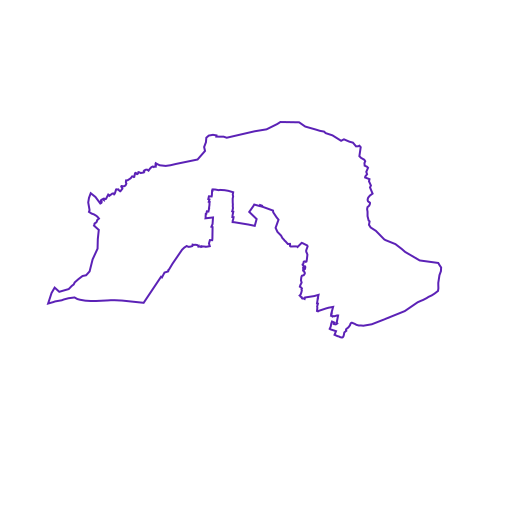 the district of Ungogo, Kano, Nigeria, rotated 31°
{"feature_id": "59680162B36976404849364", "entity_name": "Ungogo", "entity_type": "district", "adm_level": 2, "iso_a3": "NGA", "parent_name": "Nigeria", "parent_adm1": "Kano", "projection": "natural_earth1", "projection_center": [8.508, 12.042], "detail": "fine", "context": "isolated", "style": "outline", "palette": "violet", "viewbox_px": 512, "rotation_deg": 31, "n_neighbors": 0, "source": "geoboundaries", "source_scale": "gbopen_adm2", "svg_char_len": 6126}
<svg xmlns="http://www.w3.org/2000/svg" viewBox="0 0 512 512"><g transform="rotate(31 256 256)"><path d="M351.1,268.5L351.8,268.2L352.1,268.4L352.6,268.5L352.7,268.2L353.0,268.2L353.3,267.7L354.2,267.3L356.2,265.1L357.0,264.7L359.4,271.3L359.8,271.6L360.4,271.9L359.7,273.4L359.3,273.7L358.7,273.8L358.1,274.2L357.5,274.2L357.5,272.7L354.9,273.0L355.3,275.1L356.4,278.0L356.7,280.5L357.7,280.5L363.3,279.2L363.9,283.1L367.2,282.7L368.4,282.3L369.9,282.2L371.0,281.9L371.6,281.6L372.1,281.2L372.3,280.5L372.3,280.0L372.2,279.3L371.7,277.6L371.3,276.8L371.1,275.9L371.9,273.6L371.4,273.3L371.1,272.8L371.0,272.1L371.8,270.1L372.1,268.7L372.2,266.8L371.9,265.5L372.0,264.5L372.5,263.8L375.8,263.3L377.5,263.3L380.0,262.6L381.5,261.6L383.9,260.5L390.4,254.9L397.5,245.7L411.9,226.6L418.4,212.4L420.5,209.4L421.8,207.7L423.9,204.3L425.0,202.1L426.9,199.3L428.4,196.3L430.0,192.2L429.0,189.8L427.4,187.3L426.1,185.2L423.1,177.9L422.3,173.7L420.6,170.5L418.2,169.4L415.8,168.1L398.6,175.5L381.7,175.7L377.3,174.9L369.4,174.0L358.7,175.7L357.3,175.7L345.8,172.7L339.6,172.5L336.8,171.1L335.5,167.8L334.2,167.5L331.1,164.4L328.8,160.6L327.1,158.6L326.4,156.7L327.1,154.5L326.8,152.6L326.3,151.7L325.6,151.5L324.8,151.6L323.8,151.4L323.1,150.8L322.5,149.9L322.1,148.2L322.5,145.5L323.8,142.5L318.4,138.5L318.2,136.4L314.4,133.8L313.7,131.7L309.1,132.5L308.7,131.5L308.9,130.2L309.1,128.7L307.2,127.1L306.6,122.7L305.2,122.3L302.6,122.6L301.1,120.5L300.8,118.5L299.2,117.7L295.5,117.8L293.2,117.2L289.7,108.8L287.8,108.2L287.1,109.3L285.3,110.5L280.7,108.9L277.2,109.9L271.3,110.7L269.6,113.4L259.4,113.2L252.4,114.8L250.3,114.3L246.3,115.8L242.2,116.8L231.5,119.7L224.1,119.2L211.5,126.5L207.9,128.6L206.2,132.0L199.8,142.0L190.6,149.8L170.0,169.7L166.8,170.4L160.5,174.1L160.0,173.0L156.7,174.3L153.5,177.1L152.5,180.2L154.5,184.3L155.4,189.3L158.2,192.2L156.2,203.4L140.0,218.3L135.9,222.3L132.2,225.3L126.8,227.8L124.1,228.1L122.3,228.1L122.5,229.0L123.5,229.7L124.0,231.1L123.1,231.3L122.6,232.4L121.5,232.4L120.6,233.7L120.1,235.8L119.9,238.2L119.1,238.1L118.1,238.1L117.1,238.8L116.2,240.2L116.1,240.9L116.9,241.4L116.8,242.2L114.4,244.3L113.4,244.3L112.3,244.5L112.0,244.7L112.3,245.9L112.2,246.8L111.9,247.1L111.3,247.1L110.5,246.7L109.9,246.8L109.7,247.4L110.9,250.9L110.6,251.2L110.2,251.0L109.5,251.2L108.8,251.6L108.7,253.0L108.4,254.2L107.6,255.9L107.0,257.1L106.5,257.6L105.7,258.1L106.4,259.7L106.8,260.1L107.6,260.7L107.8,262.6L107.7,263.0L106.8,264.4L104.7,265.3L104.8,266.0L105.8,266.3L106.8,267.1L106.4,270.4L106.2,270.5L104.4,270.2L103.7,269.8L102.8,270.5L102.2,270.6L101.8,271.0L102.2,272.6L102.6,274.2L102.8,275.3L102.6,276.2L101.6,275.8L100.7,276.5L99.3,279.9L98.3,279.4L97.7,279.4L98.0,284.2L97.8,284.7L96.1,285.1L95.8,285.5L96.6,286.4L95.3,286.4L94.7,287.2L94.4,288.1L94.7,288.9L95.7,288.9L96.0,289.4L96.1,290.2L95.5,291.2L88.0,288.1L82.0,287.3L82.9,292.2L84.6,296.5L89.7,302.4L90.1,304.2L93.2,304.3L95.6,303.8L98.6,303.8L100.5,304.2L102.1,304.8L101.4,307.1L101.8,308.5L101.8,309.2L101.5,310.1L101.1,310.7L100.9,311.4L101.5,312.8L101.5,313.4L107.8,314.6L111.7,323.0L116.4,331.3L117.7,343.1L121.3,354.9L120.3,360.0L117.6,362.5L115.7,367.3L114.2,372.0L114.4,374.3L113.5,376.5L112.5,380.8L105.8,388.0L99.7,386.8L99.8,393.0L102.3,403.8L105.9,400.0L107.2,398.4L112.3,394.0L113.6,392.3L117.0,388.8L121.8,385.0L125.0,384.9L127.5,384.2L132.7,382.2L137.7,379.6L139.7,378.4L142.6,376.6L152.0,370.3L154.4,368.6L157.4,366.8L164.3,363.1L183.8,354.0L185.3,322.7L186.4,322.8L186.1,317.3L187.1,316.2L188.6,314.5L188.5,313.8L188.3,313.7L188.1,313.4L188.4,312.1L188.4,305.5L189.4,288.7L190.2,285.7L191.1,283.9L191.4,283.2L193.5,282.9L194.9,281.8L196.3,280.3L195.8,278.9L197.1,278.5L197.4,278.2L198.4,277.5L200.0,276.9L201.4,277.2L201.5,277.0L201.9,277.6L202.6,277.1L204.0,275.9L204.4,276.4L204.9,275.9L204.8,275.6L205.2,275.3L207.7,274.1L208.0,274.1L209.0,273.4L211.3,271.4L209.2,269.4L208.3,266.1L210.3,265.0L209.8,263.8L203.9,253.6L202.7,253.9L202.3,251.0L199.3,245.1L193.3,249.7L192.9,248.7L192.2,247.7L192.1,247.4L191.3,245.8L191.7,245.5L191.6,245.2L190.9,243.0L192.3,242.4L191.3,239.3L191.1,239.3L189.8,236.2L188.8,234.5L188.5,233.6L187.6,233.9L187.0,231.5L185.8,231.8L184.9,229.1L187.3,227.8L186.8,226.5L184.7,222.6L185.1,222.4L184.5,221.3L185.3,220.8L187.1,219.9L190.1,218.8L191.1,217.9L195.1,215.8L198.7,214.4L203.6,213.1L204.5,215.4L205.7,216.7L206.5,218.9L208.4,222.0L209.8,224.0L210.3,225.1L211.6,226.8L212.4,229.1L212.6,230.0L213.7,229.7L215.0,233.3L215.7,234.8L216.8,234.3L217.6,236.5L217.8,237.6L218.5,239.0L220.1,238.2L233.4,232.9L239.4,230.8L237.5,224.0L227.5,221.7L228.0,214.7L228.0,212.8L233.4,211.3L233.2,210.2L235.2,209.8L235.3,210.7L236.9,210.3L247.2,208.3L248.3,209.7L253.6,212.2L256.6,213.3L258.3,221.8L262.0,224.3L267.0,225.6L269.3,227.0L271.8,227.7L272.6,228.1L273.6,228.2L277.1,229.3L278.9,228.1L279.4,228.7L279.6,229.4L279.9,229.8L280.3,230.0L280.8,230.0L281.5,229.6L284.4,227.7L286.5,226.6L287.0,226.8L288.4,221.2L289.4,221.0L294.5,220.6L295.3,221.2L296.0,224.7L296.3,225.7L297.0,226.6L298.2,227.4L299.4,228.4L301.3,232.6L302.1,234.7L301.7,235.4L300.9,235.4L300.4,235.6L300.0,236.0L299.9,236.4L299.9,236.6L300.5,238.0L300.6,238.3L300.5,238.9L300.3,239.2L300.4,239.5L300.6,239.6L301.7,240.0L301.9,240.2L302.1,240.3L302.4,240.2L302.8,240.0L303.2,239.6L303.4,239.6L303.7,239.8L304.3,240.7L304.6,242.0L304.3,242.2L303.8,242.0L303.3,242.1L303.3,241.8L303.2,241.4L303.0,241.5L302.8,241.9L302.6,242.0L302.8,242.3L303.7,243.4L303.8,243.8L303.7,244.0L304.0,244.3L304.3,244.4L304.9,244.2L305.2,244.3L305.7,244.9L306.5,245.3L306.9,246.0L306.8,247.9L305.5,249.3L305.6,250.2L305.9,251.1L307.0,253.6L308.8,255.3L309.0,258.0L309.4,259.7L311.2,259.8L312.1,260.2L312.2,261.2L313.0,261.9L313.6,263.8L314.1,266.1L313.8,267.4L314.6,267.5L315.2,267.9L316.4,267.8L316.8,268.3L317.4,268.6L317.8,268.5L318.4,267.9L319.8,267.8L319.4,266.3L326.5,260.4L329.6,257.1L330.8,260.7L331.0,260.6L331.5,262.2L332.7,265.2L333.6,264.9L334.4,267.8L335.2,268.7L336.6,271.7L337.7,271.5L338.2,270.5L343.1,264.8L345.1,262.7L346.5,261.5L348.3,259.9L350.2,266.6L350.5,266.4L351.1,268.5Z" fill="none" stroke="#5b21b6" stroke-width="2"/></g></svg>